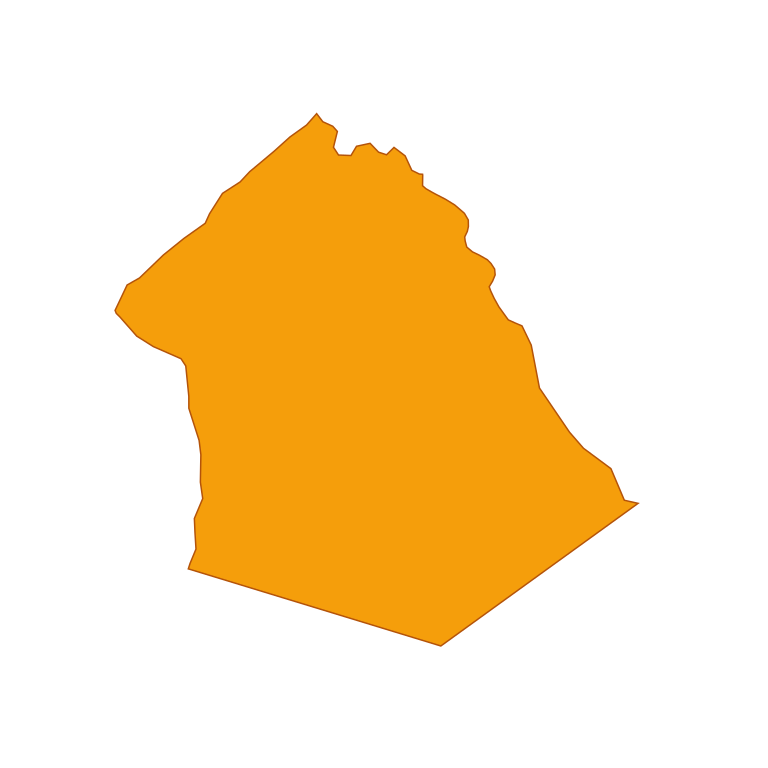 Fond Manger, Anse-la-Raye, Saint Lucia (orthographic projection), rotated 108°
{"feature_id": "8701671B97170128709946", "entity_name": "Fond Manger", "entity_type": "district", "adm_level": 2, "iso_a3": "LCA", "parent_name": "Saint Lucia", "parent_adm1": "Anse-la-Raye", "projection": "orthographic", "projection_center": [-61.01, 13.964], "detail": "fine", "context": "isolated", "style": "filled", "palette": "amber", "viewbox_px": 768, "rotation_deg": 108, "n_neighbors": 0, "source": "geoboundaries", "source_scale": "gbopen_adm2", "svg_char_len": 1179}
<svg xmlns="http://www.w3.org/2000/svg" viewBox="0 0 768 768"><g transform="rotate(108 384 384)"><path d="M620.3,513.0L615.6,249.0L419.0,105.5L420.3,119.5L394.4,142.0L383.5,174.4L372.5,192.7L339.8,234.9L301.5,256.0L286.1,270.7L285.4,278.6L284.6,285.6L281.7,289.6L275.1,298.6L268.5,305.7L262.5,311.3L259.0,314.0L252.6,312.5L245.9,312.0L240.5,314.3L236.3,319.5L233.9,324.1L232.0,333.2L231.0,340.7L228.2,347.6L222.9,351.0L219.2,352.7L213.1,351.9L208.1,352.4L202.0,354.5L196.8,360.3L191.9,372.0L189.3,382.6L187.5,393.6L186.6,398.4L185.3,404.5L183.5,408.6L173.5,411.7L172.6,412.1L173.4,415.2L172.2,423.6L160.5,434.4L155.9,447.6L165.2,452.4L165.2,460.8L159.4,471.6L166.4,483.6L176.9,486.0L180.3,498.0L174.5,505.2L158.2,506.4L154.7,512.4L153.5,523.2L147.7,531.6L161.7,537.7L178.0,549.7L196.7,560.5L223.5,577.3L236.3,583.3L252.6,596.5L275.9,602.5L286.4,603.7L307.4,619.3L329.5,633.7L358.7,649.3L369.2,658.9L397.1,662.5L399.6,660.4L401.8,656.0L414.9,633.9L419.7,614.9L422.7,584.8L428.1,578.1L456.1,565.8L467.4,562.1L494.8,542.4L507.9,536.3L534.1,528.3L549.0,521.0L570.5,522.8L583.6,517.9L599.1,511.8L614.5,513.0L620.3,513.0Z" fill="#f59e0b" stroke="#b45309" stroke-width="1.5"/></g></svg>